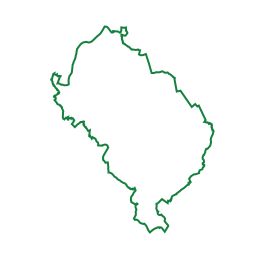 the district of Hodosa, Mures, Romania, rotated 281°
{"feature_id": "2599482B90961317580174", "entity_name": "Hodosa", "entity_type": "district", "adm_level": 2, "iso_a3": "ROU", "parent_name": "Romania", "parent_adm1": "Mures", "projection": "natural_earth1", "projection_center": [24.814, 46.646], "detail": "fine", "context": "isolated", "style": "outline", "palette": "green", "viewbox_px": 256, "rotation_deg": 281, "n_neighbors": 0, "source": "geoboundaries", "source_scale": "gbopen_adm2", "svg_char_len": 5741}
<svg xmlns="http://www.w3.org/2000/svg" viewBox="0 0 256 256"><g transform="rotate(281 128 128)"><path d="M163.5,193.2L162.4,191.9L164.3,189.4L160.8,186.6L174.6,172.4L173.1,168.9L184.9,164.3L185.9,164.5L186.6,162.6L186.9,162.6L188.7,159.2L189.0,157.8L190.0,156.5L190.0,155.9L189.5,154.8L189.3,153.9L189.8,152.0L190.1,151.6L190.1,150.5L188.9,148.7L188.3,146.7L188.3,145.6L187.7,144.2L186.9,143.0L186.5,140.7L195.4,136.2L204.0,131.4L202.4,128.8L201.8,126.4L202.3,124.8L206.4,124.9L206.2,124.4L206.3,124.0L206.7,123.7L207.0,123.0L206.1,121.0L206.0,117.4L205.6,116.8L205.9,116.2L206.5,115.6L206.7,115.1L208.0,113.1L207.9,112.4L208.2,111.9L208.8,110.8L209.3,109.4L210.1,108.4L210.2,108.0L210.0,107.3L210.1,107.0L210.6,106.6L211.7,106.6L212.0,106.4L212.1,106.1L212.9,106.0L213.6,105.2L214.7,105.2L215.2,105.0L215.3,104.7L216.8,104.7L217.0,104.0L218.3,103.7L218.6,104.2L218.3,104.9L218.1,105.6L218.0,107.2L218.3,108.0L220.7,109.1L221.1,109.3L221.6,109.0L222.7,108.2L223.1,107.4L223.5,107.5L226.3,106.8L225.6,105.2L225.5,102.3L222.3,102.8L220.6,102.5L220.0,102.0L220.7,100.0L220.8,99.0L220.5,97.9L220.4,95.0L220.3,94.8L219.1,95.3L218.6,94.0L218.8,93.4L222.4,89.4L222.9,88.7L223.4,87.3L223.1,86.4L223.1,85.7L218.5,84.2L215.2,82.8L211.9,80.1L206.5,76.3L205.1,74.8L204.4,73.0L204.6,70.5L203.4,67.7L201.7,65.9L200.6,65.2L195.8,62.9L190.4,63.1L189.0,62.9L186.4,63.0L182.4,62.0L181.0,62.0L179.4,61.6L173.1,62.2L171.4,62.2L167.9,60.7L165.3,60.4L162.8,60.7L159.6,61.5L158.9,60.8L158.4,59.9L157.9,58.0L157.8,56.5L158.1,55.3L157.7,54.2L157.8,53.9L158.5,52.1L158.5,50.9L158.3,50.3L165.4,51.4L165.6,51.8L166.0,51.9L165.9,51.2L166.1,50.7L165.4,49.9L165.4,49.4L165.5,49.1L166.1,48.7L166.0,48.3L166.1,48.1L167.0,47.9L166.7,47.6L166.6,47.1L166.4,46.5L166.5,45.9L166.9,45.1L167.6,45.2L167.3,44.8L166.7,44.4L166.3,44.6L165.5,44.2L165.0,44.3L162.6,44.0L162.0,44.2L161.4,44.1L161.1,43.4L160.4,43.7L159.7,44.6L159.2,45.0L158.0,45.3L157.5,45.8L156.8,45.8L156.1,46.7L155.3,46.9L155.3,47.1L155.7,47.3L155.2,47.7L155.0,48.1L153.7,49.1L152.9,50.7L152.3,50.7L151.9,51.0L151.9,51.7L151.5,52.5L150.7,53.0L150.1,53.1L149.9,53.5L149.5,53.2L148.9,53.6L148.2,53.0L148.2,52.9L148.5,52.5L147.7,52.3L146.1,50.6L145.7,49.8L145.1,49.3L144.7,49.3L144.4,49.5L144.2,51.1L143.0,51.5L141.9,51.4L141.8,50.6L141.5,50.5L140.1,52.0L139.4,53.1L138.5,53.6L138.2,54.0L138.0,54.4L137.8,55.6L136.6,57.7L136.9,57.8L136.3,58.5L135.7,58.8L135.7,59.2L134.7,59.5L132.1,61.3L131.5,61.2L125.9,62.0L124.7,62.8L124.3,63.9L124.8,64.1L125.4,64.6L126.2,64.9L126.3,65.1L126.1,65.6L126.3,66.1L126.9,66.4L127.2,66.8L126.2,66.6L125.6,66.6L124.9,67.2L124.7,67.6L124.8,67.8L125.3,67.7L126.6,68.6L126.8,69.6L126.3,70.3L127.2,70.5L127.1,70.9L126.9,71.0L127.0,71.3L126.8,71.6L126.9,72.2L125.8,72.9L125.6,73.5L125.0,73.8L124.6,73.4L123.5,73.3L121.2,72.1L118.7,75.7L121.7,77.6L123.7,79.6L124.8,80.2L125.1,81.5L125.9,82.9L125.9,83.5L123.6,83.4L123.4,84.2L122.2,84.0L121.7,84.8L120.4,86.3L120.7,86.5L117.5,89.5L117.8,90.2L118.5,91.0L112.6,91.4L112.4,91.7L113.3,92.2L110.6,94.5L112.2,95.0L111.8,96.2L111.5,96.5L111.6,96.9L111.2,98.1L108.7,99.8L108.0,101.3L106.6,101.9L105.2,101.9L105.1,102.0L105.3,102.7L105.7,106.1L106.2,106.2L107.4,108.7L107.4,109.8L107.2,110.5L106.6,111.2L105.0,112.3L96.6,109.4L94.7,109.0L92.7,109.6L92.2,109.5L91.8,109.8L91.6,110.3L90.4,111.8L89.6,112.5L90.4,114.7L86.4,116.0L84.4,116.3L81.6,117.2L80.6,117.4L80.8,117.9L80.3,120.7L79.6,121.5L79.2,122.3L77.8,123.8L76.8,126.4L75.7,127.6L74.8,130.4L74.1,131.6L73.5,133.2L73.0,135.7L71.9,137.3L71.2,137.7L70.1,139.0L69.9,139.5L69.5,139.9L69.7,140.2L69.6,140.5L69.2,141.2L69.1,141.8L68.6,142.0L68.8,142.4L68.6,142.8L68.6,143.1L69.4,144.2L68.6,144.8L68.8,145.2L70.3,146.1L68.1,147.4L65.6,146.0L63.0,145.3L61.3,144.3L57.9,144.5L57.2,145.0L56.0,145.3L54.5,149.5L54.9,150.4L55.6,151.0L55.6,151.4L55.2,151.8L53.6,150.3L53.2,150.2L51.3,150.6L49.5,151.9L47.5,151.5L44.4,152.3L40.2,151.1L39.1,152.4L39.7,153.2L39.4,155.0L39.2,155.5L39.0,155.9L37.5,157.5L37.1,158.3L36.7,161.0L36.8,161.6L37.2,162.1L36.7,163.1L35.1,164.9L31.2,167.7L29.7,169.4L32.6,171.7L34.1,173.2L36.3,176.5L36.4,177.0L36.2,177.7L35.9,178.0L36.3,178.5L36.7,178.6L36.5,180.1L33.2,183.9L39.5,186.2L40.1,185.9L42.4,183.0L43.5,181.8L44.0,181.6L45.4,181.8L46.1,181.6L47.0,180.9L47.9,179.8L48.1,178.9L49.4,177.2L48.6,176.2L48.6,175.3L48.9,174.2L49.5,173.6L50.3,173.3L51.7,173.6L51.7,172.8L53.6,171.7L54.1,171.2L56.8,171.0L59.1,170.4L59.4,171.3L61.6,172.9L64.7,174.9L61.8,181.3L64.2,181.2L64.2,181.5L63.7,181.7L64.2,181.9L64.8,182.7L64.4,182.9L64.1,183.4L65.3,183.9L65.3,184.1L66.5,184.2L66.5,183.8L68.7,184.2L69.6,184.5L71.2,186.4L72.2,188.2L72.8,188.0L73.5,188.7L76.0,191.0L77.4,191.9L80.0,194.6L83.3,197.1L84.0,198.4L84.3,198.6L84.7,198.6L85.5,197.8L86.9,198.9L86.5,199.6L86.9,199.8L88.3,198.6L89.8,197.7L90.2,197.8L91.5,198.6L92.4,198.8L94.6,201.0L95.3,202.1L95.3,202.8L97.3,206.4L99.6,206.2L100.4,206.7L101.5,208.6L101.8,208.8L103.4,209.0L105.1,210.1L106.3,209.9L106.4,209.4L106.2,208.9L106.3,208.6L106.6,208.3L107.1,208.1L107.9,208.1L108.7,209.1L109.7,209.0L111.2,208.3L111.7,207.5L112.0,207.2L113.6,206.8L115.9,207.3L116.0,207.7L117.6,208.1L118.8,208.4L120.8,208.3L121.6,208.7L122.5,208.8L122.7,210.0L126.3,212.1L128.8,212.2L130.0,212.2L131.4,211.7L133.4,211.3L135.7,211.8L137.5,212.3L141.3,212.6L141.6,212.2L141.7,211.6L142.1,211.7L142.2,211.3L143.0,211.1L143.2,210.5L144.2,210.5L144.4,210.4L144.4,210.0L144.6,209.9L145.1,210.1L145.4,209.7L146.6,209.9L146.9,209.7L147.3,209.6L147.2,209.4L147.6,209.3L147.6,208.9L147.8,208.8L148.1,208.4L147.8,207.8L148.3,207.6L148.3,207.4L147.9,207.2L148.2,206.8L147.7,206.4L148.3,206.0L148.3,205.6L148.7,205.2L148.7,204.3L148.4,204.0L148.4,203.8L148.5,202.8L148.7,202.4L148.6,201.8L150.6,202.7L163.5,193.2Z" fill="none" stroke="#15803d" stroke-width="2"/></g></svg>